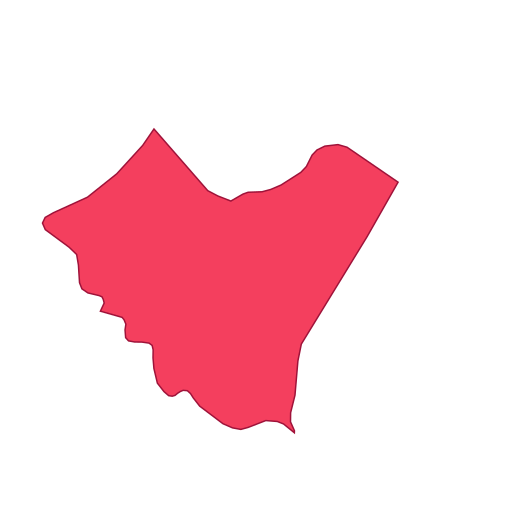 outline of Bạc Liêu, rotated 322°
{"feature_id": "VNM-506", "entity_name": "Bạc Liêu", "entity_type": "Province", "adm_level": 1, "iso_a3": "VNM", "parent_name": "Vietnam", "parent_adm1": "", "projection": "orthographic", "projection_center": [105.432, 9.309], "detail": "fine", "context": "isolated", "style": "filled", "palette": "rose", "viewbox_px": 512, "rotation_deg": 322, "n_neighbors": 0, "source": "natural_earth", "source_scale": "10m", "svg_char_len": 1076}
<svg xmlns="http://www.w3.org/2000/svg" viewBox="0 0 512 512"><g transform="rotate(322 256 256)"><path d="M413.4,285.3L355.6,309.1L237.5,353.3L224.4,364.5L201.0,389.7L186.8,400.8L181.1,407.9L178.7,417.4L177.4,418.9L174.3,405.3L170.9,399.5L162.4,391.7L144.2,386.2L137.3,383.3L131.7,377.0L126.7,367.8L119.2,339.7L119.2,329.3L119.7,324.1L119.0,319.9L115.9,317.0L113.0,316.2L109.6,315.9L106.4,316.0L103.7,314.9L101.2,312.3L100.0,306.2L100.0,295.5L106.3,281.8L112.1,272.9L117.2,266.6L119.1,262.5L118.1,258.8L113.1,253.6L107.4,249.0L103.3,244.4L103.0,240.1L107.3,233.6L111.5,229.6L112.8,224.9L112.7,221.9L99.4,203.7L107.4,199.6L108.9,196.2L109.5,193.3L108.0,190.6L100.8,181.6L98.6,174.7L100.5,168.4L110.5,153.8L115.6,144.4L114.1,133.9L106.2,105.5L108.0,98.6L113.6,95.8L123.1,97.2L159.4,105.9L196.9,105.5L234.8,99.1L253.8,93.1L258.2,174.8L262.9,185.2L270.0,197.2L283.9,199.2L289.0,200.9L300.3,209.1L308.5,212.6L319.5,215.5L342.8,217.7L350.8,216.5L362.4,211.0L369.4,210.0L377.9,211.8L389.2,218.7L394.7,226.3L413.4,285.3Z" fill="#f43f5e" stroke="#9f1239" stroke-width="1.5"/></g></svg>